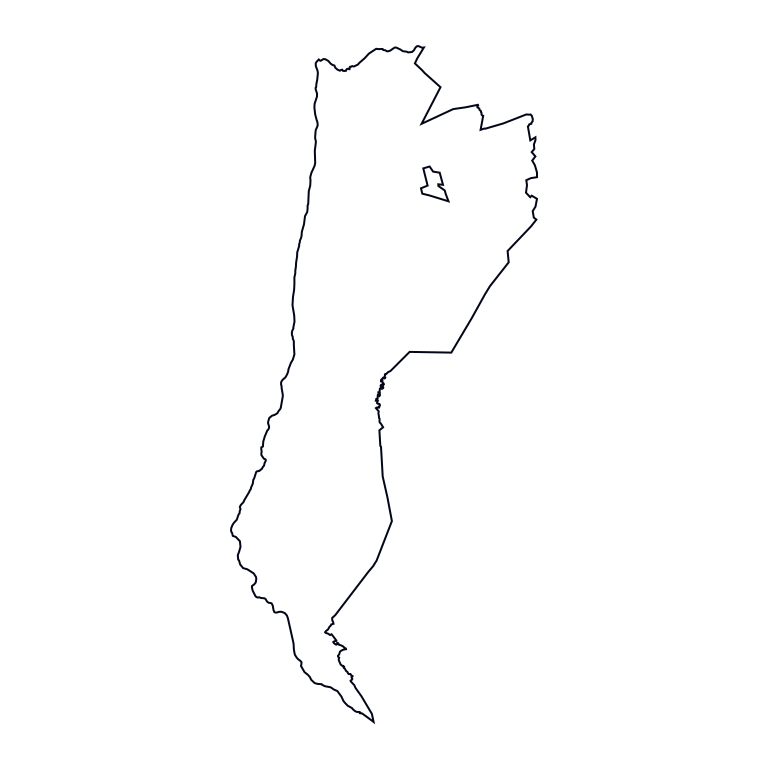 outline of Chipinge, Manicaland, Zimbabwe
{"feature_id": "62879985B99568881619892", "entity_name": "Chipinge", "entity_type": "district", "adm_level": 2, "iso_a3": "ZWE", "parent_name": "Zimbabwe", "parent_adm1": "Manicaland", "projection": "robinson", "projection_center": [32.384, -20.62], "detail": "fine", "context": "isolated", "style": "outline", "palette": "ink", "viewbox_px": 768, "rotation_deg": 0, "n_neighbors": 0, "source": "geoboundaries", "source_scale": "gbopen_adm2", "svg_char_len": 6058}
<svg xmlns="http://www.w3.org/2000/svg" viewBox="0 0 768 768"><path d="M292.5,305.2L294.2,315.4L294.5,321.7L293.3,327.7L293.4,328.6L292.5,330.1L291.9,332.2L291.9,334.9L292.8,337.2L292.8,338.9L293.5,340.1L293.9,341.9L293.8,344.2L294.4,354.4L292.9,359.5L290.9,362.9L288.5,369.2L288.1,371.8L287.1,374.3L285.9,376.6L285.0,377.8L282.9,379.5L281.7,381.1L281.1,382.4L281.1,384.7L281.6,386.2L281.6,387.9L282.8,394.8L282.8,396.3L280.8,407.6L280.4,408.8L278.7,410.9L277.3,413.3L274.6,414.9L272.0,415.7L269.6,417.7L269.1,418.4L268.1,422.1L268.1,423.3L269.0,426.2L269.1,427.8L268.2,429.7L267.3,430.5L264.8,436.4L263.3,441.4L262.9,446.5L261.3,447.4L261.3,449.7L261.7,451.4L261.3,453.7L261.4,455.1L263.9,458.7L265.5,459.4L265.8,460.0L265.8,460.7L264.7,462.8L263.9,465.9L262.8,467.0L262.1,468.6L259.5,470.8L259.1,470.7L258.6,471.1L257.0,471.3L256.2,472.0L254.3,478.0L253.3,479.9L252.8,483.6L251.1,487.5L250.7,489.3L249.8,490.5L249.1,492.1L244.3,500.2L243.5,502.1L240.8,505.0L239.8,507.0L240.5,509.1L239.8,510.9L239.5,513.4L238.6,514.4L236.8,519.7L234.1,522.6L232.7,524.6L231.3,527.9L231.0,530.5L231.5,532.3L232.1,532.9L232.8,535.9L235.8,536.9L239.9,541.2L240.5,546.8L239.2,551.4L237.8,555.2L238.2,559.6L239.0,560.4L240.2,564.5L243.1,568.1L247.3,569.3L253.7,573.4L256.0,577.0L256.3,579.1L255.7,582.5L254.2,584.4L252.1,585.9L251.9,587.3L252.7,590.7L255.5,596.2L256.5,597.1L257.6,597.5L259.2,597.3L261.1,598.0L264.5,598.3L265.7,599.2L266.8,601.2L267.9,602.3L269.2,602.9L270.7,603.0L271.7,603.5L272.8,605.8L273.5,610.0L274.4,612.2L275.6,612.5L276.9,612.5L279.4,611.8L281.6,611.8L284.8,613.1L286.9,615.5L287.9,618.3L293.2,641.8L293.6,644.1L293.9,649.7L294.6,653.6L295.1,655.1L296.7,657.6L298.0,659.1L300.5,661.0L301.5,662.2L301.4,664.2L301.0,666.0L304.5,672.1L308.1,675.0L309.9,677.1L311.2,679.8L314.7,683.1L317.6,683.9L321.6,684.2L321.8,684.6L324.9,686.2L330.7,687.3L334.0,689.6L337.3,691.0L341.5,696.7L343.3,700.7L344.7,702.6L347.7,705.7L351.9,708.0L352.9,709.3L355.3,711.3L356.9,711.9L359.5,712.0L360.3,712.5L360.2,712.8L359.0,713.1L362.2,713.5L373.6,721.9L371.9,713.9L361.4,696.2L355.5,687.9L354.3,685.2L350.7,681.3L350.6,680.6L351.8,679.8L352.3,679.0L351.6,677.7L351.6,676.7L352.3,676.7L352.6,676.2L351.2,675.2L350.4,674.0L348.9,674.1L348.1,673.5L347.4,671.9L346.0,670.9L344.9,668.7L343.9,668.0L344.1,666.7L343.1,666.5L343.1,665.9L342.3,665.8L340.7,664.6L338.9,660.5L338.7,659.3L339.2,657.7L338.1,656.7L338.0,655.8L339.2,654.4L339.9,651.8L341.0,650.8L343.5,649.6L346.0,649.2L345.9,648.6L344.4,647.7L343.1,646.4L341.2,645.4L338.9,644.7L338.3,643.3L337.8,643.0L337.2,643.0L337.2,644.0L336.6,644.6L335.8,644.5L334.0,643.2L333.4,642.5L333.4,641.8L335.2,641.0L336.4,640.9L336.4,640.6L332.4,635.3L331.5,634.3L330.2,635.0L327.7,633.5L325.7,632.9L325.1,632.2L326.0,631.0L328.0,629.5L329.5,626.8L330.8,625.5L331.3,624.4L333.5,623.8L333.2,622.2L332.2,620.1L332.2,617.9L335.2,615.2L368.3,571.9L373.6,565.6L373.7,565.2L376.6,560.6L391.9,521.1L387.4,497.2L382.7,476.5L381.0,446.8L380.3,445.8L379.4,430.3L383.1,427.3L380.9,423.6L380.0,422.8L379.5,421.9L379.6,418.8L379.0,417.9L378.9,415.9L378.4,413.5L378.7,411.3L375.9,408.1L376.5,407.6L379.1,407.6L379.2,407.4L378.8,406.6L379.9,405.7L379.9,404.8L379.4,404.0L377.7,403.7L377.0,403.0L377.7,401.2L375.8,400.7L375.9,400.3L376.7,400.3L377.4,399.9L376.5,398.9L377.7,398.2L377.6,396.9L377.9,394.6L378.4,394.7L379.4,396.0L379.9,395.5L379.8,392.7L378.6,392.6L378.4,392.3L379.3,391.9L379.6,391.4L379.9,388.6L380.9,388.4L381.6,388.8L382.1,388.8L383.0,388.2L383.3,387.5L382.9,386.6L381.0,386.8L380.7,386.4L380.7,385.3L381.2,384.8L382.0,384.5L383.4,385.0L383.9,384.3L383.5,383.2L382.4,382.4L382.4,380.7L381.0,381.1L381.1,379.9L383.1,377.8L384.3,378.4L385.0,378.2L385.2,377.6L384.4,377.4L384.3,377.0L385.0,375.5L384.9,374.5L385.3,374.0L386.1,374.1L388.0,372.2L390.5,371.0L409.6,351.9L451.3,352.6L471.6,318.4L485.1,294.1L490.0,286.1L508.7,262.3L507.6,251.0L531.1,226.3L536.4,219.6L533.8,217.6L532.7,211.1L535.5,206.6L537.0,198.8L531.7,195.7L530.2,197.2L526.0,192.7L527.0,185.1L526.3,180.2L531.0,178.1L537.0,177.2L537.0,172.5L534.9,165.3L532.2,160.6L535.4,156.4L531.7,152.1L534.3,149.0L533.9,144.5L535.5,140.0L535.4,137.3L530.3,140.4L527.9,126.4L528.8,125.6L529.3,124.3L531.3,123.8L531.4,122.8L532.6,121.4L532.8,119.2L531.9,116.0L530.6,114.5L529.1,114.7L527.8,114.5L526.8,114.6L526.4,114.4L503.4,123.4L485.3,128.7L484.5,128.5L480.6,129.8L483.2,115.8L482.2,115.4L481.6,114.7L481.5,112.9L481.1,112.4L481.0,111.2L479.5,109.8L479.3,108.5L477.4,107.4L477.3,106.5L478.2,105.6L477.9,104.8L465.6,107.3L453.2,109.1L421.6,123.8L440.5,87.2L424.7,73.1L422.1,70.2L414.9,63.4L417.3,58.3L423.9,47.5L422.0,47.7L418.5,46.1L417.2,46.1L415.5,47.5L413.9,50.3L412.0,52.0L408.1,52.4L406.8,51.7L402.9,51.2L400.0,49.3L396.0,47.5L394.6,47.6L389.9,50.8L387.7,51.3L387.0,51.3L385.3,50.3L383.3,50.0L382.6,49.0L378.4,49.1L376.2,48.8L368.9,53.6L364.7,58.2L359.2,63.0L358.0,64.5L353.9,66.5L352.1,66.1L351.1,66.8L350.2,66.7L349.6,67.4L349.7,68.7L349.5,69.2L347.7,68.8L347.0,69.0L346.3,69.7L346.1,70.7L344.6,71.0L342.9,70.8L342.2,69.7L340.9,70.0L339.9,70.7L337.4,69.6L335.2,67.6L334.4,65.5L332.6,65.0L330.6,63.6L328.4,61.0L325.3,59.2L323.3,59.1L320.7,60.8L320.1,60.6L318.8,59.5L316.6,61.8L315.8,63.1L315.7,63.7L315.9,66.4L317.5,70.5L317.9,73.1L317.2,79.9L316.4,83.9L316.1,87.3L315.6,87.9L315.7,89.4L317.0,93.4L317.0,96.5L314.6,103.8L314.4,107.8L315.2,114.4L316.6,119.9L317.4,122.0L317.7,125.1L317.3,126.5L315.7,130.2L315.4,133.6L315.1,138.1L315.7,140.5L315.9,142.2L314.8,150.7L315.2,162.9L314.6,165.8L311.4,172.8L310.2,177.3L310.5,180.4L310.2,185.8L308.8,191.0L308.2,204.1L307.6,205.5L307.6,208.7L307.2,212.0L305.0,216.2L304.0,224.2L301.8,232.0L301.6,235.7L301.0,238.1L299.9,240.7L299.8,242.3L299.1,244.4L299.2,245.8L297.2,252.5L297.1,256.3L296.1,262.7L295.9,266.9L295.3,270.5L295.3,273.3L294.4,277.4L294.4,284.3L294.1,290.0L293.0,296.9L292.5,305.2ZM429.0,195.3L422.3,193.7L421.0,188.3L427.6,185.6L423.3,168.4L429.6,166.5L433.1,171.6L439.7,172.7L443.0,184.8L438.3,184.3L438.4,186.0L444.7,190.4L445.8,194.2L448.5,201.3L429.0,195.3Z" fill="none" stroke="#020617" stroke-width="2"/></svg>